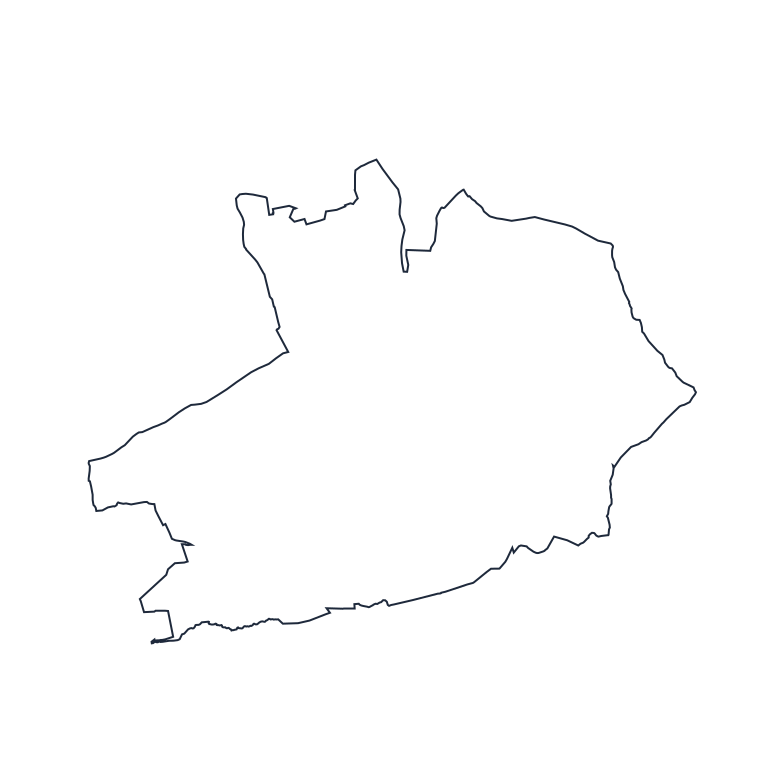 the district of Voila, Brasov, Romania, rotated 81°
{"feature_id": "2599482B13078719041336", "entity_name": "Voila", "entity_type": "district", "adm_level": 2, "iso_a3": "ROU", "parent_name": "Romania", "parent_adm1": "Brasov", "projection": "albers", "projection_center": [24.863, 45.81], "detail": "fine", "context": "isolated", "style": "outline", "palette": "slate", "viewbox_px": 768, "rotation_deg": 81, "n_neighbors": 0, "source": "geoboundaries", "source_scale": "gbopen_adm2", "svg_char_len": 6149}
<svg xmlns="http://www.w3.org/2000/svg" viewBox="0 0 768 768"><g transform="rotate(81 384 384)"><path d="M560.5,658.2L571.8,656.7L572.9,646.4L572.2,645.1L573.6,636.1L574.4,632.8L600.7,631.8L602.0,640.0L602.1,643.5L601.9,644.2L602.0,645.9L601.5,650.1L602.1,650.1L602.2,650.3L601.8,650.9L600.5,650.8L602.2,653.9L603.8,653.9L603.8,652.6L602.8,650.8L603.0,650.0L603.4,649.3L603.7,647.8L603.1,646.2L603.8,645.3L604.0,642.8L604.0,636.4L604.6,632.0L604.7,627.8L604.1,625.7L599.7,622.7L599.3,620.3L595.7,615.9L595.0,613.7L595.0,612.2L595.5,611.4L595.5,610.3L594.2,608.8L592.7,607.9L592.6,607.1L592.9,604.7L592.5,603.3L590.9,601.3L591.3,594.5L591.6,594.1L592.9,594.6L593.8,594.1L593.8,593.6L594.5,592.3L594.8,590.8L594.8,589.2L594.4,588.1L594.4,587.7L594.8,587.0L595.8,587.0L596.1,586.4L596.2,585.4L596.8,584.0L596.7,582.2L597.3,581.8L598.4,581.8L598.9,581.4L599.2,580.7L599.5,578.8L600.4,578.0L600.7,577.3L600.5,575.9L600.8,575.3L601.9,574.5L602.4,573.6L603.6,573.2L603.4,572.0L603.6,571.1L603.4,570.1L603.3,568.0L601.8,567.0L601.6,566.3L602.3,566.0L603.2,562.7L603.1,562.0L601.6,560.2L601.4,559.6L601.5,558.9L602.0,558.1L601.9,556.9L602.4,555.7L602.3,554.8L601.9,553.8L602.2,553.0L602.1,552.5L601.5,551.3L600.6,550.5L600.4,549.9L600.5,549.6L601.3,548.5L601.5,547.1L600.9,545.8L600.2,544.8L599.5,543.1L599.4,541.4L600.2,539.2L600.1,538.5L599.3,537.6L598.9,536.1L597.9,534.5L598.1,533.7L598.8,532.9L598.8,531.3L598.9,530.6L599.4,529.9L599.5,527.9L599.8,526.9L599.9,525.3L604.9,521.4L606.8,506.3L606.0,494.6L602.3,477.6L601.5,473.2L596.5,475.8L599.5,459.9L599.5,458.7L601.2,448.1L596.8,447.7L597.1,443.3L598.2,442.6L599.2,441.1L600.0,439.2L601.4,435.3L602.0,434.2L602.0,433.3L601.1,430.8L600.8,429.7L600.3,429.0L599.7,426.8L600.2,425.0L599.2,422.6L599.0,420.9L597.4,418.7L597.8,416.7L599.5,415.3L602.8,414.8L603.9,413.7L603.4,411.5L603.3,408.7L601.9,389.2L599.5,363.7L599.7,361.2L599.5,360.4L599.1,360.2L598.8,355.9L595.0,333.0L594.4,327.3L593.9,326.1L585.9,312.3L583.2,307.2L584.4,298.9L584.2,298.6L578.6,292.0L576.0,289.9L565.8,282.9L570.8,282.2L565.4,276.2L564.9,274.0L566.7,268.5L568.4,267.4L573.0,262.6L574.4,260.5L574.9,259.3L575.1,257.9L574.3,253.0L573.9,251.6L573.2,250.7L572.0,248.4L561.3,239.9L567.0,227.5L573.9,217.4L572.5,214.9L571.9,212.2L571.2,211.0L568.8,207.8L567.7,205.9L566.0,205.6L564.7,204.2L563.5,201.9L564.0,199.9L564.6,199.3L566.8,198.1L567.9,196.8L568.3,196.0L568.1,193.2L568.3,187.2L568.4,186.1L568.0,185.8L562.8,184.5L561.1,183.4L558.3,183.2L551.1,183.8L549.5,184.6L547.3,182.9L544.9,182.3L540.9,180.9L540.2,180.4L538.1,178.1L537.6,177.9L533.2,177.2L531.9,177.5L529.2,177.1L522.4,177.0L520.5,176.6L518.6,175.7L515.0,175.7L509.4,172.3L503.2,170.4L500.3,170.6L501.8,169.3L493.6,161.6L484.8,149.8L483.3,142.1L481.7,138.7L480.8,134.0L479.9,131.8L479.0,130.9L478.6,129.6L477.8,128.4L474.4,124.7L466.8,115.7L465.7,114.0L462.8,110.5L452.4,95.6L451.8,93.4L451.5,90.6L449.7,84.9L445.7,81.5L442.8,78.4L440.9,77.2L438.7,78.2L435.8,78.8L429.5,87.9L428.4,88.9L422.1,93.7L418.3,94.5L413.6,97.1L412.9,99.2L412.4,99.9L411.4,100.7L406.9,103.1L403.8,103.3L398.9,104.4L394.0,108.8L383.0,116.0L374.8,119.3L372.8,120.8L368.3,120.4L363.9,120.7L360.7,121.5L360.0,124.8L358.4,126.8L357.5,127.5L356.3,127.9L352.0,128.3L349.1,128.0L348.1,127.6L345.3,128.8L343.9,128.9L342.4,129.4L341.3,128.9L332.7,131.8L328.6,132.8L324.8,132.8L316.8,134.6L310.1,135.2L307.4,136.9L304.9,137.6L299.5,137.6L294.5,138.7L292.5,138.6L288.2,137.9L286.3,137.3L284.7,136.5L283.7,136.3L282.8,136.6L280.7,138.1L275.9,150.2L266.9,162.1L260.5,169.9L257.9,173.6L254.7,180.4L246.6,200.1L242.7,208.9L242.7,214.5L242.9,217.7L242.8,232.4L239.5,241.7L238.1,246.5L235.3,252.6L234.5,253.7L229.2,258.3L225.7,259.3L223.7,260.6L219.7,264.3L217.7,265.4L215.2,268.1L211.9,270.1L211.8,270.7L212.0,271.2L211.9,271.6L209.1,273.1L204.5,274.9L204.5,275.3L205.0,276.4L207.2,280.7L209.1,283.5L219.3,296.5L219.5,297.3L219.4,298.2L218.8,299.0L218.8,299.5L219.3,300.2L221.4,301.9L226.1,305.3L228.4,306.4L233.9,306.8L250.7,311.4L253.3,313.3L256.4,316.1L259.7,317.5L255.1,340.9L260.8,341.9L270.2,341.4L276.8,343.6L276.1,347.0L267.5,347.3L256.5,346.4L250.4,345.1L244.2,343.3L235.4,339.6L231.2,339.8L222.6,341.7L218.9,342.1L214.3,341.3L206.8,339.2L203.5,338.8L194.0,339.6L186.2,344.1L171.4,351.8L161.2,356.4L163.0,364.4L164.7,369.5L165.4,372.7L168.5,378.8L172.8,379.9L187.8,382.3L187.9,382.6L196.6,380.9L198.3,383.2L201.4,386.3L200.3,389.0L201.4,394.6L202.5,394.4L204.6,403.4L204.5,414.3L211.8,417.0L212.6,421.6L214.2,435.6L208.6,436.7L209.7,447.1L204.6,451.0L197.0,446.2L196.9,444.2L196.7,443.5L193.2,449.8L193.8,466.4L197.7,466.4L197.8,467.0L199.0,467.0L199.0,470.9L182.0,470.7L181.5,471.4L181.0,471.6L176.4,483.8L174.5,490.6L174.2,494.2L174.2,496.9L177.7,501.2L184.6,501.5L187.9,501.2L192.1,499.5L197.5,497.7L201.9,497.1L204.9,497.3L208.3,498.7L214.0,499.9L219.7,500.6L223.6,500.7L226.7,500.5L229.1,499.1L229.6,499.2L240.9,491.8L244.1,490.0L256.4,485.4L256.9,485.0L280.0,483.1L282.9,481.2L290.3,480.7L290.5,480.2L291.5,479.9L306.2,478.8L311.3,478.2L312.9,479.6L313.3,481.1L314.0,481.7L337.4,473.6L337.9,478.9L341.7,486.6L346.1,494.6L348.9,505.4L351.6,513.4L359.2,529.5L364.7,540.2L368.8,549.6L374.0,562.1L375.0,567.7L374.8,574.0L374.5,577.8L376.9,584.5L379.8,591.0L385.4,601.5L387.4,605.5L387.9,607.0L388.4,609.4L389.6,613.8L390.5,618.5L393.7,630.3L393.5,633.8L394.6,636.3L396.7,640.3L403.9,649.6L405.4,653.2L409.7,661.3L410.5,663.4L412.4,669.9L412.9,672.5L413.3,675.7L414.0,687.3L415.6,688.0L416.6,688.1L418.9,687.4L419.7,687.5L423.8,688.3L431.2,690.5L433.4,690.8L434.1,689.7L439.4,689.3L447.8,689.1L452.9,689.9L456.5,689.9L458.2,689.8L459.5,688.8L461.3,688.1L464.4,688.0L464.8,681.9L462.7,676.0L462.4,670.5L462.8,669.3L461.9,667.1L460.4,666.3L459.4,665.1L460.2,663.7L461.5,660.3L461.6,657.4L463.4,652.6L463.1,639.5L463.4,636.6L465.3,634.8L466.3,631.7L466.7,629.6L473.2,629.4L479.3,627.5L488.9,624.3L488.1,621.8L497.2,619.2L503.7,617.7L505.5,614.9L506.1,613.5L508.3,606.6L509.0,604.9L511.4,600.8L512.7,599.2L512.5,600.5L512.5,602.7L511.9,604.8L511.2,605.4L510.6,608.7L528.6,605.7L529.1,609.2L528.3,618.6L533.2,626.3L538.4,628.9L558.2,658.8L560.5,658.2Z" fill="none" stroke="#1e293b" stroke-width="2"/></g></svg>